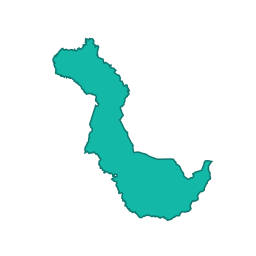 General Carneiro, Mato Grosso, Brazil, rotated 235°
{"feature_id": "56859067B19597598383135", "entity_name": "General Carneiro", "entity_type": "district", "adm_level": 2, "iso_a3": "BRA", "parent_name": "Brazil", "parent_adm1": "Mato Grosso", "projection": "mercator", "projection_center": [-53.353, -15.607], "detail": "fine", "context": "isolated", "style": "filled", "palette": "teal", "viewbox_px": 256, "rotation_deg": 235, "n_neighbors": 0, "source": "geoboundaries", "source_scale": "gbopen_adm2", "svg_char_len": 5821}
<svg xmlns="http://www.w3.org/2000/svg" viewBox="0 0 256 256"><g transform="rotate(235 128 128)"><path d="M132.3,78.6L132.1,81.3L129.4,81.6L129.2,82.8L127.9,84.8L128.1,86.0L127.7,86.5L125.2,86.7L124.8,86.9L124.5,88.0L123.7,88.2L123.3,87.8L120.5,87.7L119.6,87.4L118.6,87.9L118.0,87.9L117.5,87.1L117.4,85.4L116.1,84.5L115.4,83.5L114.7,83.2L112.4,83.4L111.7,83.1L111.2,82.3L110.7,82.4L110.4,83.1L109.7,83.6L108.2,83.0L107.6,83.3L107.3,83.9L106.2,84.3L105.3,82.7L104.7,83.0L104.7,85.2L103.6,86.1L101.5,86.5L100.8,87.2L100.7,88.6L98.4,88.7L97.2,87.9L96.9,88.3L97.0,89.1L97.5,90.2L97.5,91.1L96.5,91.9L95.7,92.0L95.2,91.8L94.7,91.1L94.7,90.4L95.7,89.0L95.2,87.9L95.6,85.9L95.3,85.3L92.3,86.2L91.0,87.3L89.9,87.7L89.2,87.3L88.7,86.1L87.1,85.1L85.8,85.4L82.1,84.3L81.2,84.5L80.1,83.2L79.5,83.2L79.1,83.7L78.8,85.7L77.5,86.0L77.0,85.7L76.3,84.5L75.6,84.2L74.2,82.8L72.9,83.1L71.3,82.0L70.9,82.3L70.8,83.3L70.3,83.6L69.5,83.0L68.8,83.4L67.4,83.3L67.2,82.1L65.9,81.0L65.7,81.7L65.0,82.1L63.8,81.7L62.0,81.7L61.2,82.8L60.6,82.5L60.4,81.9L58.9,82.1L58.8,82.8L57.8,82.7L57.5,83.2L56.8,83.1L56.2,83.3L56.2,84.0L55.6,84.7L55.3,85.6L54.8,85.9L54.3,85.4L52.5,85.9L51.2,86.1L50.3,85.9L49.4,86.3L48.5,86.1L47.8,86.4L46.9,87.8L46.8,90.7L46.2,91.0L46.0,93.1L45.5,93.6L45.4,94.4L44.3,94.9L44.2,95.6L43.7,95.9L43.1,95.9L41.8,96.7L41.3,97.8L41.4,98.6L41.0,98.9L40.1,99.0L39.6,99.5L39.4,100.8L38.6,101.1L38.3,101.8L36.9,102.2L36.6,102.7L35.8,102.6L35.5,104.4L34.8,106.2L34.3,106.5L33.4,106.0L32.5,106.9L31.7,107.0L31.3,107.4L30.0,107.3L29.5,107.7L29.4,109.1L28.8,109.8L28.9,110.5L28.5,110.9L28.5,112.0L28.9,113.2L28.4,114.6L28.7,115.1L28.3,115.9L28.4,117.5L27.7,118.5L27.0,119.0L26.8,120.0L28.0,121.6L28.4,124.4L26.7,126.2L26.6,126.7L25.9,127.4L26.1,128.2L25.2,129.3L25.1,130.0L25.2,131.7L25.7,133.1L26.2,133.6L26.8,133.3L28.0,133.9L28.3,134.5L29.4,134.9L29.8,136.4L30.5,137.0L30.7,138.0L31.2,138.7L31.2,139.5L30.3,139.9L30.1,140.7L29.5,141.6L29.5,142.6L29.2,143.7L29.8,144.9L32.1,145.7L33.7,147.9L33.7,148.8L34.4,151.2L33.4,152.2L33.1,153.0L33.6,153.9L33.4,154.8L34.9,155.8L35.3,156.8L36.2,157.9L36.2,158.5L37.2,159.7L37.3,161.0L38.3,162.0L39.2,164.2L39.0,166.0L39.6,166.8L42.5,168.0L44.2,169.5L46.2,169.4L47.8,170.1L50.9,172.3L51.2,173.6L52.3,176.1L52.5,177.4L55.2,174.8L56.5,172.8L56.6,172.3L56.1,170.8L55.0,169.9L51.2,164.3L51.2,163.6L52.9,158.7L53.2,157.4L53.0,155.9L53.4,155.3L53.2,154.7L51.4,154.4L50.4,153.3L50.3,151.9L51.3,151.0L51.0,149.2L51.8,147.7L56.0,146.2L56.6,146.2L59.4,147.5L61.8,147.3L67.2,148.3L71.1,146.9L71.8,147.0L72.8,147.6L74.0,147.2L76.3,147.2L78.0,145.3L85.6,134.0L92.5,129.2L96.5,127.5L99.4,124.9L102.1,123.0L104.6,118.7L106.0,119.1L108.9,120.5L110.5,121.6L110.6,122.1L112.7,122.3L114.4,122.1L116.0,122.5L121.0,123.0L122.9,123.8L124.7,125.1L126.4,124.4L129.8,124.4L137.7,125.8L139.5,125.7L139.6,127.3L140.3,128.4L140.6,129.3L140.6,130.3L141.4,131.6L143.3,131.5L144.7,132.0L145.4,132.0L145.9,132.5L146.3,132.4L149.3,133.4L149.5,135.0L149.0,135.6L149.6,137.3L149.5,138.0L149.9,138.1L150.9,139.2L151.8,140.8L153.0,141.6L154.3,143.1L154.3,145.4L155.0,145.8L154.8,146.6L155.2,147.3L155.2,148.2L155.9,148.6L158.4,148.6L158.1,149.2L158.5,149.5L158.7,150.3L159.3,150.2L159.7,150.7L161.4,150.9L162.3,150.6L163.1,151.7L163.7,151.7L164.3,151.2L164.6,150.4L164.3,149.2L165.0,148.6L167.7,149.6L169.7,149.9L170.6,148.8L171.7,148.7L173.1,150.2L176.0,151.0L178.4,149.4L181.1,148.6L181.7,148.7L182.1,151.1L182.7,151.2L183.6,150.5L185.0,150.7L186.3,149.2L187.1,148.7L188.6,148.3L188.7,149.8L189.1,150.2L190.6,148.4L192.3,148.3L194.2,147.4L194.6,146.9L194.6,145.7L195.1,145.6L196.1,145.9L198.6,147.0L200.9,145.5L201.6,144.6L203.3,144.2L203.9,144.6L204.5,144.6L205.2,144.2L205.8,145.4L207.3,145.9L209.6,148.5L210.5,149.2L210.8,150.1L211.4,150.4L212.8,150.5L213.2,150.0L213.0,148.0L213.4,147.6L214.2,148.4L215.3,148.6L217.0,148.0L217.5,148.0L218.3,149.5L218.8,149.9L220.4,150.2L221.5,149.9L222.8,148.0L223.3,147.8L222.7,146.5L225.3,144.8L224.5,143.6L223.6,144.0L223.2,143.9L222.9,142.4L221.9,143.1L221.5,142.1L220.5,141.7L220.6,140.8L221.6,139.9L221.6,139.0L221.3,138.6L220.6,138.8L219.7,136.3L219.9,134.0L221.7,133.7L221.4,132.8L221.6,131.9L220.9,131.4L220.9,129.6L222.1,129.1L222.9,129.3L222.6,128.4L222.8,127.7L224.3,127.1L225.1,125.6L225.4,124.3L226.0,123.6L228.1,122.3L228.0,120.9L229.7,120.0L230.1,120.2L230.6,120.2L230.9,119.6L230.6,118.2L230.2,117.8L230.6,116.9L230.2,116.3L229.8,114.5L229.2,113.5L229.3,112.7L228.8,112.3L229.2,111.6L228.9,110.9L229.0,110.3L228.3,110.6L228.0,110.0L228.8,109.3L228.8,108.8L227.9,107.8L227.9,107.0L227.0,105.7L226.0,105.5L225.5,104.9L223.7,105.6L223.2,105.4L223.6,105.0L223.6,104.5L221.6,103.5L220.4,103.1L218.5,103.1L217.0,102.4L214.5,100.2L213.9,100.2L213.5,100.9L212.8,101.1L210.8,102.5L210.0,102.7L209.6,103.1L209.5,103.9L209.0,103.7L208.6,103.1L207.6,104.6L206.1,105.0L206.4,105.7L206.2,106.4L205.0,107.0L204.4,106.6L204.2,108.1L203.9,108.4L203.1,108.4L203.1,109.1L202.7,109.5L202.4,109.0L201.9,109.2L200.9,110.6L198.1,111.3L197.3,110.8L196.9,111.4L196.2,111.7L194.7,111.6L194.6,112.2L194.0,112.8L193.3,112.2L189.2,113.4L186.7,112.8L186.1,112.9L185.6,113.4L184.9,113.2L184.2,113.6L183.2,112.9L182.4,112.9L181.9,112.9L181.5,113.7L180.5,113.3L179.7,113.3L178.7,115.5L178.6,116.4L177.7,116.9L177.3,117.4L176.1,117.8L175.9,118.6L174.9,118.8L174.4,119.7L172.8,120.1L171.6,119.9L170.4,118.8L170.3,118.2L169.6,117.6L168.3,117.1L167.7,117.8L167.2,117.9L166.7,117.8L166.4,117.4L165.8,117.3L164.7,117.8L164.1,117.3L163.2,115.8L163.5,115.0L165.0,114.5L152.8,98.6L151.4,98.5L149.7,98.0L147.9,98.4L147.3,97.7L146.2,97.0L146.0,96.3L146.1,94.6L145.0,92.6L143.5,91.3L142.6,91.1L142.0,89.8L139.1,87.7L139.4,86.4L138.2,85.2L137.9,84.2L137.1,83.6L137.1,82.6L136.7,82.0L135.1,80.3L133.4,79.7L132.3,78.6ZM158.7,150.3L157.8,150.0L158.1,150.6L158.7,150.3Z" fill="#14b8a6" stroke="#0f766e" stroke-width="1.5"/></g></svg>